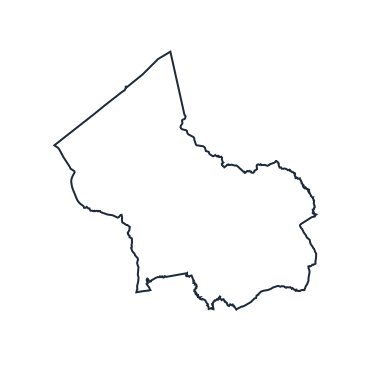 the district of Khuan Khanun, Phatthalung, Thailand, rotated 245°
{"feature_id": "78962969B61181446150659", "entity_name": "Khuan Khanun", "entity_type": "district", "adm_level": 2, "iso_a3": "THA", "parent_name": "Thailand", "parent_adm1": "Phatthalung", "projection": "albers", "projection_center": [100.01, 7.757], "detail": "fine", "context": "isolated", "style": "outline", "palette": "slate", "viewbox_px": 384, "rotation_deg": 245, "n_neighbors": 0, "source": "geoboundaries", "source_scale": "gbopen_adm2", "svg_char_len": 5978}
<svg xmlns="http://www.w3.org/2000/svg" viewBox="0 0 384 384"><g transform="rotate(245 192 192)"><path d="M124.6,99.2L123.0,105.1L120.9,111.5L120.7,112.8L121.6,112.6L122.9,112.9L127.7,112.0L127.9,113.2L128.9,113.2L129.1,113.6L129.9,113.5L131.5,113.7L132.4,114.9L131.6,115.4L128.6,115.5L128.4,117.1L129.0,117.4L129.5,123.0L129.4,124.9L128.6,126.5L128.9,127.1L128.3,127.3L128.1,127.7L128.4,128.2L128.0,128.5L128.2,128.9L128.0,129.6L127.2,129.4L126.6,129.8L126.5,131.3L127.1,131.9L126.4,132.4L126.2,132.9L125.9,133.0L120.7,152.6L120.4,152.7L120.5,153.2L118.6,152.3L118.8,151.4L118.3,151.3L117.7,151.8L117.7,153.0L116.4,153.7L116.8,154.3L116.5,156.3L112.2,156.0L111.1,156.3L110.8,155.5L109.7,155.4L109.3,155.8L108.9,154.9L107.8,155.9L107.4,156.0L106.8,155.6L106.7,155.9L106.9,156.4L106.2,156.7L105.9,156.3L104.6,156.5L103.2,155.3L103.6,154.9L102.7,154.1L102.2,152.6L101.1,152.2L100.4,153.0L99.3,152.4L98.9,152.8L98.2,152.2L97.2,152.5L97.6,153.2L96.3,153.3L96.1,154.0L94.8,153.6L94.7,152.9L94.4,152.9L94.2,153.3L93.7,153.5L93.1,155.0L92.8,154.2L92.2,153.9L90.7,155.1L90.7,156.0L90.2,156.0L89.8,157.2L88.2,158.2L84.4,158.5L83.6,159.0L82.7,158.6L82.7,157.9L81.0,158.4L78.9,157.7L78.7,159.7L77.6,160.9L78.5,160.8L78.5,161.1L77.4,161.5L77.0,162.0L80.1,162.9L81.2,162.7L81.3,163.2L82.2,163.0L82.7,164.5L83.0,164.5L84.2,166.7L83.6,167.3L84.3,169.3L83.4,169.9L84.8,171.7L85.5,173.1L85.1,173.3L84.8,172.8L83.3,172.2L83.0,172.8L81.5,173.2L81.7,174.9L81.2,175.0L81.1,175.3L80.3,175.2L79.8,175.5L78.9,175.3L78.7,175.8L78.0,176.1L77.8,175.9L76.8,176.7L75.1,176.4L75.0,176.6L73.8,176.7L73.0,177.4L74.1,179.2L72.7,180.1L72.8,181.3L71.0,181.3L71.1,181.9L66.7,182.5L67.0,183.6L67.2,188.7L66.8,189.3L66.7,191.4L67.4,199.0L69.1,203.6L68.9,205.3L70.9,206.8L70.9,208.6L71.2,208.6L72.6,212.5L72.2,215.4L71.1,219.3L70.9,222.6L71.2,225.1L70.7,229.4L70.2,230.8L68.8,232.0L68.8,233.3L67.7,235.4L66.5,235.9L66.1,236.8L65.5,236.8L65.3,238.4L64.4,239.8L64.3,240.7L62.8,241.5L62.2,241.5L62.4,242.5L60.3,243.3L59.7,244.3L58.7,244.1L58.5,244.3L58.5,244.7L59.1,244.9L59.2,245.4L58.2,245.6L57.3,246.5L56.6,248.4L56.9,248.9L56.7,250.4L55.7,252.1L55.8,252.5L56.2,252.6L56.3,253.1L58.8,255.6L59.7,257.3L62.3,260.0L64.7,261.2L69.6,264.6L71.1,265.2L73.7,265.4L75.4,266.0L75.2,267.0L74.7,267.4L74.9,267.7L74.6,268.9L75.3,270.3L74.7,271.0L74.9,272.2L74.7,273.5L75.0,273.8L76.7,274.4L80.1,276.7L83.7,278.5L85.7,278.3L89.0,278.6L89.9,278.2L92.2,278.1L92.8,277.8L95.4,277.6L99.0,278.4L102.5,276.8L104.8,276.9L108.0,276.2L111.6,276.2L113.6,275.6L115.7,275.6L116.4,276.0L116.9,277.0L118.5,289.1L118.5,290.5L117.9,292.7L118.3,293.6L118.9,293.1L119.7,293.6L119.4,294.0L119.4,294.8L120.6,293.5L121.3,293.6L121.2,292.9L121.4,292.7L121.9,293.3L122.3,293.1L122.4,293.8L123.9,293.6L125.0,294.0L124.7,295.0L126.0,296.0L126.1,296.7L127.5,297.2L127.9,297.0L128.4,297.4L130.2,297.5L131.5,298.4L132.7,298.6L132.8,299.0L134.9,298.9L135.7,299.4L135.7,298.9L138.0,298.4L138.3,298.1L138.8,298.3L141.1,298.2L141.2,297.9L142.1,297.8L142.3,298.3L143.3,298.3L143.4,297.8L143.9,297.7L144.2,298.9L144.6,299.1L144.8,298.9L144.6,298.3L145.9,298.1L146.3,297.1L147.4,297.1L147.5,296.5L148.1,296.6L147.9,295.6L149.0,295.1L149.4,295.7L150.2,295.4L150.8,296.0L151.1,295.9L151.0,295.2L152.4,295.5L153.0,295.4L153.4,295.0L154.4,295.5L154.9,295.3L156.5,295.6L158.0,295.2L158.7,295.5L159.3,293.4L160.3,293.5L160.7,293.0L160.8,292.1L161.3,292.3L161.4,291.9L162.1,292.2L163.7,292.1L164.3,292.8L164.9,292.6L165.2,293.1L165.8,293.1L166.0,292.9L165.9,292.4L167.4,291.9L167.7,291.1L168.9,290.7L169.9,289.7L170.7,290.1L171.0,290.0L171.2,288.2L173.2,287.0L174.2,285.8L174.3,284.8L174.7,284.4L175.1,283.2L176.7,283.0L177.1,281.7L179.4,281.9L181.4,282.7L181.7,282.5L181.5,282.3L183.1,282.3L183.7,281.7L184.4,281.6L184.6,281.0L184.0,280.0L183.8,278.9L184.2,274.3L184.0,273.7L183.8,271.6L185.9,269.2L187.0,266.5L188.1,265.9L187.8,265.3L187.9,264.9L189.1,263.6L189.1,262.4L188.5,261.7L185.1,260.5L184.9,257.7L183.9,256.9L183.6,255.6L184.5,254.0L185.5,254.1L185.9,253.4L186.8,253.2L186.9,251.7L187.7,250.9L187.0,248.6L187.7,248.3L187.3,247.8L197.1,243.7L197.7,242.2L200.1,239.3L200.4,237.8L201.1,237.0L201.1,236.5L201.7,236.4L201.8,235.2L201.2,234.1L200.7,231.7L201.9,231.4L202.3,231.0L203.1,231.0L203.8,230.6L204.9,230.9L205.4,232.7L205.8,232.4L209.1,232.9L210.4,233.7L211.6,233.4L212.2,231.3L212.5,231.2L213.1,231.5L213.6,231.3L213.9,230.6L213.4,230.2L213.5,229.8L215.7,228.6L215.4,227.4L215.5,226.4L215.8,225.9L218.6,224.1L219.5,223.9L221.3,224.1L223.3,221.9L226.5,222.4L227.8,222.1L229.0,221.1L232.2,216.2L233.4,215.6L237.9,216.1L239.9,216.7L241.2,216.5L245.9,213.0L247.3,212.7L249.4,213.2L250.3,212.9L253.0,209.6L254.2,209.0L255.4,208.9L256.8,209.9L257.8,211.7L258.6,212.5L260.7,213.1L261.3,213.5L261.5,214.2L261.3,215.7L261.5,216.8L263.3,218.2L265.2,217.8L328.3,231.7L326.9,217.6L319.4,196.8L314.5,177.1L315.4,176.8L315.5,176.5L313.9,175.8L313.9,175.4L312.8,174.1L311.9,169.2L307.6,150.5L303.8,135.5L292.5,87.0L288.9,89.1L287.1,89.7L277.9,90.2L267.0,91.8L264.5,91.8L260.5,94.2L259.4,93.9L256.8,90.4L254.4,88.0L252.2,86.8L248.4,85.7L245.7,85.2L233.6,84.6L231.3,84.9L228.6,85.7L225.2,87.6L223.2,87.6L223.2,88.1L222.6,89.3L223.0,90.2L221.0,91.1L220.4,92.1L220.0,91.9L218.0,92.1L217.0,93.9L216.3,94.4L216.3,95.4L215.7,95.7L215.5,96.9L215.0,98.0L214.3,98.5L214.5,98.9L213.6,100.6L212.9,100.5L211.5,101.6L207.3,105.9L204.5,110.2L200.2,113.8L200.2,115.2L201.3,117.5L201.1,118.5L198.3,117.9L196.9,116.9L193.7,116.0L192.7,117.0L190.7,118.0L189.6,118.9L189.4,119.5L186.4,120.9L185.8,120.2L184.1,119.3L182.2,116.6L181.6,116.7L181.4,116.3L181.0,116.2L179.5,116.4L178.7,116.9L177.3,116.3L175.5,117.8L174.7,117.7L174.0,117.2L171.9,116.6L169.7,114.9L168.8,114.5L168.5,114.6L167.2,113.9L167.0,113.2L166.4,113.4L165.9,113.1L163.6,112.9L159.8,113.9L158.7,113.6L155.4,114.7L154.2,114.7L153.0,114.1L152.4,113.4L150.7,112.2L147.7,111.7L146.6,111.8L139.9,107.9L137.1,107.4L133.7,105.5L129.8,102.4L127.0,101.4L126.4,100.6L124.6,99.2Z" fill="none" stroke="#1e293b" stroke-width="2"/></g></svg>